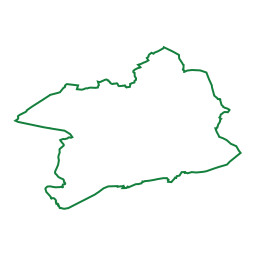 outline of Valle nor, Aust-Agder, Norway
{"feature_id": "86288312B24572790615824", "entity_name": "Valle nor", "entity_type": "district", "adm_level": 2, "iso_a3": "NOR", "parent_name": "Norway", "parent_adm1": "Aust-Agder", "projection": "natural_earth1", "projection_center": [7.485, 59.169], "detail": "fine", "context": "isolated", "style": "outline", "palette": "green", "viewbox_px": 256, "rotation_deg": 0, "n_neighbors": 0, "source": "geoboundaries", "source_scale": "gbopen_adm2", "svg_char_len": 5447}
<svg xmlns="http://www.w3.org/2000/svg" viewBox="0 0 256 256"><path d="M206.4,72.5L200.2,70.4L192.0,70.0L187.1,70.6L184.3,71.9L184.1,71.9L184.1,71.6L184.4,70.9L184.2,70.7L184.1,70.4L183.8,70.1L183.5,70.0L183.2,70.0L183.1,69.8L183.2,69.6L182.9,69.2L183.2,68.7L183.5,68.2L183.6,64.9L183.0,64.5L181.7,62.2L181.4,61.9L179.9,59.5L179.3,58.7L179.1,57.8L179.0,55.6L178.9,54.9L172.7,51.5L164.6,47.6L163.8,47.2L163.3,48.3L158.1,51.2L154.4,52.7L153.5,53.7L151.5,52.8L149.0,54.7L148.5,55.9L148.5,56.7L146.8,58.0L147.3,58.6L148.4,60.4L145.5,62.0L143.3,62.7L142.8,63.1L140.7,64.0L138.1,64.8L138.4,65.1L140.5,67.3L140.2,67.5L137.6,68.2L134.5,69.8L134.2,70.3L133.4,70.9L133.3,71.7L133.4,72.2L133.6,72.3L133.9,72.6L134.6,72.9L134.7,76.1L135.1,76.9L136.0,78.1L136.0,78.9L136.0,79.8L134.6,80.8L134.4,82.5L133.3,82.8L131.8,83.2L131.4,83.5L130.2,83.9L130.1,85.7L130.0,86.0L129.8,86.9L129.4,86.9L128.3,87.1L127.4,87.1L126.5,87.4L126.3,87.1L126.1,86.8L125.6,86.8L125.4,86.6L125.2,86.2L125.2,85.6L125.0,85.4L124.7,85.4L123.3,85.8L122.6,85.7L122.2,85.9L118.9,86.1L118.6,85.9L118.3,85.5L117.8,84.5L117.8,84.3L117.6,84.0L117.4,83.7L116.9,83.3L114.7,83.7L113.9,83.6L113.6,83.7L113.3,83.9L113.0,83.9L112.6,84.0L111.9,83.9L110.7,83.3L110.6,83.1L110.4,82.9L110.0,82.6L110.1,82.4L110.0,82.2L109.6,81.9L109.2,81.4L108.5,81.0L108.5,80.6L108.4,80.4L107.7,80.3L107.4,80.1L106.9,79.7L106.4,79.5L105.6,79.7L104.5,80.0L103.2,80.7L102.2,81.0L101.2,81.6L100.7,81.8L100.4,81.8L99.8,82.1L98.9,82.0L97.9,81.7L98.1,82.4L98.4,83.3L98.9,85.2L98.1,86.1L98.0,87.0L97.9,87.5L95.2,87.9L94.7,87.7L93.2,87.8L91.1,87.6L89.8,87.7L88.7,87.9L87.3,88.4L86.4,88.3L85.6,88.4L84.8,88.7L84.1,89.1L83.4,89.3L82.1,89.6L81.7,89.7L76.9,89.2L78.1,85.4L66.9,84.1L66.5,84.3L65.8,84.8L65.6,85.0L65.1,85.5L64.9,86.1L65.0,86.4L65.1,86.6L64.9,86.9L64.9,87.1L64.5,87.4L63.9,87.7L63.5,87.8L60.0,92.2L58.2,92.8L50.1,94.9L50.1,95.0L49.8,95.2L42.9,99.7L31.9,106.7L26.8,110.3L26.7,110.8L26.3,111.4L25.5,112.0L19.7,114.9L18.1,116.0L17.9,116.7L18.1,117.3L18.3,118.2L17.9,119.0L15.4,120.7L18.1,121.9L42.4,127.0L45.1,127.5L49.2,128.2L49.6,128.1L49.7,128.3L64.6,130.7L70.2,134.1L72.3,137.1L72.0,137.2L71.6,137.6L70.7,137.7L69.6,137.4L68.5,137.5L68.2,137.7L68.1,137.9L67.1,138.6L66.4,138.6L65.2,139.1L64.7,139.1L63.1,139.0L61.0,139.7L60.2,140.1L60.6,140.9L63.6,144.4L63.8,145.1L63.6,145.7L63.2,146.0L59.6,149.1L59.5,150.1L59.7,152.5L58.7,155.2L58.3,157.2L58.9,160.2L58.1,164.8L56.3,169.0L55.7,170.1L55.1,171.8L55.0,172.3L55.1,172.6L55.2,172.8L55.2,173.1L55.2,173.4L56.5,174.6L58.3,176.9L60.6,178.2L62.9,179.1L63.6,179.7L63.9,180.8L63.9,181.8L64.1,182.1L64.3,182.3L64.7,182.4L64.8,182.6L65.2,183.4L65.2,183.7L65.1,184.0L64.9,184.1L64.5,184.3L63.3,184.3L63.0,184.5L62.8,184.8L62.5,185.6L62.5,185.9L62.6,186.1L63.0,186.9L62.8,187.2L62.7,187.2L62.3,187.3L61.1,186.8L59.8,187.1L55.6,187.3L53.0,186.9L51.8,186.7L51.1,186.5L50.5,186.4L50.3,186.4L49.1,186.4L47.7,186.5L47.0,186.8L46.6,187.3L45.7,188.0L45.4,189.0L45.6,189.6L46.0,190.7L46.3,191.9L50.6,196.7L50.6,196.8L50.7,197.0L51.0,198.3L51.3,198.5L51.6,198.6L51.8,198.4L52.1,198.1L53.0,198.2L53.7,198.2L54.2,198.4L55.4,199.6L55.7,200.0L55.9,200.6L56.1,200.9L56.1,201.3L55.8,201.7L55.8,202.0L55.9,202.5L56.2,203.0L56.2,203.3L56.4,203.9L57.6,203.6L57.9,204.0L58.1,204.1L58.4,204.6L58.4,204.9L58.1,205.0L58.0,205.5L58.4,205.7L58.6,206.1L59.0,206.1L59.5,207.3L59.6,207.6L59.6,207.8L59.7,208.0L59.9,208.1L60.1,208.0L61.2,208.0L61.4,208.2L64.1,208.8L68.3,208.1L94.6,194.7L98.8,191.9L103.6,188.3L108.2,186.4L117.5,186.1L117.6,186.8L118.6,186.6L119.4,186.5L120.4,186.3L121.6,186.4L123.4,185.9L123.4,186.1L123.5,186.2L123.5,186.5L123.8,186.7L124.0,186.8L124.0,187.0L123.8,187.1L123.6,186.9L123.1,187.2L123.0,187.5L122.9,187.7L123.0,187.9L122.8,188.1L123.4,188.1L123.9,187.7L124.4,187.8L124.5,187.9L124.5,188.1L125.5,188.0L125.6,187.9L126.5,188.0L127.0,187.6L127.2,187.3L127.3,186.9L127.5,186.7L127.6,186.8L128.0,186.7L128.1,186.8L128.1,187.1L128.3,187.3L128.6,187.3L128.7,187.1L129.0,187.1L135.5,184.3L136.4,184.1L137.7,184.1L138.2,184.0L138.6,184.1L138.9,184.0L139.3,183.9L139.7,183.8L140.1,183.6L141.0,183.5L141.5,183.3L141.7,182.7L141.9,182.6L142.3,182.3L142.6,182.2L142.6,181.5L143.3,181.6L144.1,181.5L144.3,181.4L144.5,181.2L148.6,180.8L154.0,179.9L157.1,179.2L163.7,178.1L165.0,178.2L166.9,178.1L167.3,178.7L168.6,179.8L168.5,180.1L167.9,180.5L168.1,181.0L168.3,181.4L168.3,181.6L168.2,181.8L171.4,182.1L172.9,180.3L174.1,179.1L175.0,177.7L175.3,177.9L176.2,178.0L176.7,176.2L179.5,175.6L181.6,172.2L184.9,172.0L184.9,172.9L186.5,172.8L187.5,173.3L190.0,172.6L191.6,172.1L196.4,172.5L203.4,171.8L206.5,171.2L213.0,168.9L218.7,167.0L227.0,164.6L229.7,161.7L240.6,152.9L238.8,150.6L236.3,146.2L230.8,143.8L229.2,142.3L226.5,140.0L222.9,138.2L219.1,136.8L218.7,135.5L216.8,132.1L215.9,129.9L215.5,128.6L215.9,128.7L216.4,128.7L216.5,128.4L216.5,128.2L216.4,128.1L216.8,128.0L216.9,127.6L217.0,127.4L217.4,127.4L218.2,124.4L219.4,122.8L220.2,120.9L220.0,120.1L220.5,119.3L221.0,118.9L220.8,118.8L220.7,118.5L220.4,118.3L219.6,117.8L219.4,117.6L220.5,116.0L220.5,115.1L221.0,114.3L222.0,113.8L223.3,112.6L224.7,112.0L227.9,112.2L229.5,110.0L229.5,109.8L228.7,109.3L227.6,108.7L226.0,108.1L225.2,108.0L224.3,107.4L223.3,107.1L223.1,106.4L222.4,105.7L221.5,104.8L220.7,101.9L220.2,100.0L220.1,99.9L220.3,99.5L220.2,99.2L219.9,99.0L219.4,99.0L218.6,99.2L217.8,99.0L217.8,98.8L218.0,98.8L214.3,95.7L212.0,87.4L211.8,85.4L209.1,79.5L206.4,72.5Z" fill="none" stroke="#15803d" stroke-width="2"/></svg>